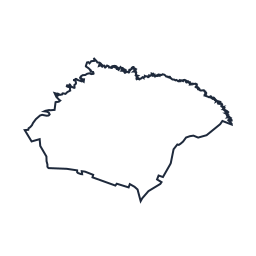 La Libertad, Chiapas, Mexico (Equal Earth projection), rotated 290°
{"feature_id": "50627088B29300823202402", "entity_name": "La Libertad", "entity_type": "district", "adm_level": 2, "iso_a3": "MEX", "parent_name": "Mexico", "parent_adm1": "Chiapas", "projection": "equal_earth", "projection_center": [-91.682, 17.601], "detail": "fine", "context": "isolated", "style": "outline", "palette": "slate", "viewbox_px": 256, "rotation_deg": 290, "n_neighbors": 0, "source": "geoboundaries", "source_scale": "gbopen_adm2", "svg_char_len": 5963}
<svg xmlns="http://www.w3.org/2000/svg" viewBox="0 0 256 256"><g transform="rotate(290 128 128)"><path d="M166.7,224.3L167.5,223.9L167.8,223.1L168.5,222.5L169.0,220.9L169.6,220.9L169.4,220.0L169.6,219.6L170.0,219.8L169.9,220.2L170.4,221.4L170.2,222.3L170.5,222.8L171.0,222.5L170.8,220.9L171.4,221.5L172.1,221.0L172.5,221.2L172.8,220.0L172.7,219.7L172.0,219.7L172.2,218.7L171.9,217.9L172.6,218.3L172.9,219.3L173.2,219.2L173.3,218.6L172.7,217.5L173.6,216.7L174.1,217.9L174.5,217.9L175.0,215.0L175.5,216.3L175.9,216.6L176.2,216.4L176.4,215.3L176.9,216.2L176.7,216.5L177.2,216.7L177.7,215.5L177.3,215.0L177.7,214.6L177.2,214.2L177.3,213.7L177.5,213.0L177.9,213.4L178.5,212.3L178.2,211.1L179.1,211.7L180.0,211.7L180.0,210.7L179.2,210.6L179.8,209.9L180.5,210.3L180.1,209.5L180.3,208.3L180.6,208.2L181.0,208.9L182.0,207.7L182.5,208.2L183.0,207.6L183.1,206.4L182.6,205.7L182.2,206.2L182.0,205.8L182.7,205.1L182.2,205.0L181.7,204.5L182.2,203.9L183.2,203.7L183.7,205.1L184.1,205.3L184.0,203.3L183.9,203.0L183.3,203.1L183.5,202.1L182.9,201.6L184.2,201.6L184.4,201.0L183.9,201.0L183.9,200.0L184.4,199.4L185.1,199.5L185.3,198.6L185.5,199.0L185.8,198.5L185.8,198.2L185.1,198.2L185.2,197.5L184.4,197.9L184.3,197.6L184.7,196.5L185.3,196.6L185.4,196.2L184.9,195.7L185.2,195.3L185.7,195.9L186.1,195.2L186.0,194.6L184.8,194.1L184.6,193.5L184.8,192.0L184.7,190.3L184.8,190.0L185.3,189.9L184.7,188.8L185.1,188.6L185.6,189.0L187.1,188.7L187.3,189.2L187.6,188.8L188.0,189.0L188.3,188.0L188.7,188.0L188.7,187.2L189.3,186.8L189.4,186.3L188.1,183.6L188.1,182.7L188.9,181.9L188.3,181.1L188.3,180.6L188.8,180.3L189.5,181.1L190.1,180.1L189.4,178.6L189.7,177.5L190.2,177.6L191.1,178.3L191.9,177.9L192.2,177.3L192.6,177.5L192.8,176.4L192.3,175.7L192.0,174.6L191.4,174.1L191.8,173.8L191.6,172.8L191.1,172.2L190.4,172.3L190.3,172.0L191.1,171.5L190.3,171.6L190.1,171.3L191.1,171.2L192.1,170.5L191.8,170.2L191.2,170.2L191.7,169.3L191.4,168.6L191.4,168.2L192.3,169.0L192.5,168.7L192.0,167.1L191.5,167.1L191.3,168.0L190.8,167.3L191.4,166.3L192.4,166.5L192.6,164.8L192.0,163.7L190.9,163.7L190.9,163.1L191.2,162.5L191.1,162.0L190.6,161.6L190.8,160.3L190.5,160.1L190.3,161.2L189.9,161.3L189.5,160.4L189.7,159.8L189.1,159.3L189.7,157.1L189.0,156.3L189.3,154.9L188.8,153.2L189.1,152.0L189.5,151.6L189.4,150.5L190.4,149.9L190.2,149.0L189.4,148.5L189.8,147.4L189.4,146.4L190.1,145.1L190.5,143.8L190.3,142.1L189.3,141.5L188.9,139.5L188.5,140.0L187.9,140.0L188.0,139.4L188.5,138.6L188.4,138.2L187.5,137.3L187.1,138.1L186.8,137.6L187.0,136.8L186.4,136.5L186.2,135.8L185.8,135.7L186.3,135.1L187.3,134.7L187.0,134.1L186.3,134.6L185.9,134.5L185.8,134.0L186.2,133.2L187.3,133.3L187.6,133.1L187.1,132.3L187.2,131.6L186.3,131.9L186.3,132.7L185.5,132.7L185.7,131.6L184.6,131.0L184.7,129.9L183.7,130.1L183.4,129.3L182.7,129.6L182.6,129.4L183.1,128.2L182.6,127.1L182.7,126.1L182.2,126.3L181.7,126.2L181.0,125.3L180.4,125.5L180.8,124.4L180.6,124.2L179.2,123.6L178.6,122.7L177.6,122.2L177.6,120.7L178.4,120.6L178.4,120.2L178.1,120.3L177.5,119.4L177.0,119.7L176.8,119.5L177.1,119.1L178.5,118.9L179.1,118.4L180.5,119.5L180.4,117.2L181.1,117.3L181.8,116.9L183.0,116.8L183.2,116.6L183.0,116.0L183.8,115.8L183.0,113.9L183.9,114.4L184.4,114.3L184.2,114.9L184.4,115.4L184.8,115.3L185.4,114.5L185.6,115.1L186.0,115.3L186.2,114.3L185.7,113.0L186.7,112.9L187.2,112.4L187.0,111.8L185.9,111.0L184.3,111.0L183.2,109.4L182.9,109.5L183.0,110.2L182.5,110.2L182.0,109.5L181.2,109.6L180.9,109.3L180.6,109.9L180.4,109.8L180.4,109.2L180.6,108.9L180.6,108.1L180.0,107.1L179.1,106.7L178.8,106.1L179.1,105.7L180.6,106.7L181.6,106.0L181.0,105.1L181.9,104.7L181.9,104.2L180.3,105.1L179.9,105.0L180.1,104.2L179.8,103.1L181.0,104.0L181.8,103.5L181.9,102.9L181.1,102.5L180.9,102.0L182.5,102.1L182.2,100.9L182.7,100.1L180.9,99.4L180.8,99.1L181.2,97.9L181.0,97.7L179.8,99.4L179.4,99.3L179.8,97.9L179.6,97.3L179.8,97.0L180.6,97.1L180.7,96.8L180.6,95.0L181.3,95.5L181.0,96.4L181.4,96.9L181.9,96.1L182.0,95.3L181.8,94.1L180.7,92.1L180.4,91.9L179.5,92.6L178.9,92.3L178.7,91.2L179.0,90.4L178.4,89.6L179.4,88.7L179.5,87.0L178.5,86.8L177.0,85.8L177.2,85.4L178.1,85.2L178.5,84.2L177.9,83.2L178.0,82.4L177.1,83.0L176.8,82.8L177.4,81.3L178.0,82.0L178.5,81.8L178.6,80.4L177.1,80.3L176.4,79.5L178.0,79.4L179.3,80.1L179.7,78.9L179.1,76.8L180.0,75.7L181.6,72.5L181.4,72.4L180.5,73.3L179.6,73.5L178.2,70.6L175.6,69.7L176.3,68.2L175.6,67.1L171.7,67.2L171.4,67.5L170.7,70.4L169.5,73.2L169.0,73.0L168.3,73.8L168.7,76.1L167.5,77.0L167.1,77.0L166.1,75.1L166.2,73.0L165.0,71.1L163.2,69.7L162.1,67.3L160.4,66.1L158.8,65.8L158.6,66.0L158.8,67.0L158.6,67.4L157.7,67.4L157.4,67.7L158.3,68.9L158.7,70.0L156.4,70.5L156.9,69.0L156.8,68.6L156.0,68.5L156.0,68.0L155.9,64.5L156.4,62.6L156.2,62.0L155.4,61.7L154.7,60.8L154.4,60.9L154.5,62.5L152.4,63.8L151.6,63.8L150.0,62.9L147.6,64.0L147.3,63.7L147.3,62.7L147.5,60.4L148.9,58.7L148.9,58.3L148.7,58.3L147.3,59.1L146.8,58.9L146.8,58.3L147.5,56.9L147.3,56.2L146.3,56.2L146.1,56.9L146.4,60.0L144.7,60.1L143.4,60.9L141.0,58.7L138.7,57.6L138.3,54.9L138.0,54.6L137.0,54.6L136.0,53.0L136.2,51.1L135.2,51.6L134.3,50.8L134.4,50.5L135.0,50.5L135.9,50.0L135.7,47.1L132.7,50.1L130.9,53.8L130.6,54.9L129.2,54.1L128.5,53.1L128.0,51.7L127.5,51.1L119.9,52.8L118.1,48.9L117.9,47.7L115.9,44.5L115.1,43.7L115.6,46.0L115.4,48.3L114.0,49.7L112.9,49.3L112.4,48.8L111.7,47.3L111.0,42.8L109.7,41.1L104.8,38.4L100.1,37.0L97.8,36.8L95.3,35.8L93.8,34.7L92.2,34.9L90.7,31.7L82.4,42.0L87.3,48.8L81.1,51.7L73.3,61.1L69.0,62.8L66.1,64.8L64.1,65.5L63.5,66.2L63.2,67.2L68.7,84.4L70.8,94.7L69.0,95.4L68.6,96.4L68.6,99.5L68.9,100.7L71.6,99.3L72.3,102.6L72.1,111.3L69.5,111.5L69.6,135.8L71.8,136.5L72.4,148.9L75.9,148.9L75.0,154.2L73.5,158.0L63.6,164.9L66.8,165.4L75.7,168.8L86.5,177.5L88.6,178.0L89.6,172.9L93.8,173.0L93.9,177.6L108.4,180.1L109.7,180.2L123.6,178.1L129.4,180.0L129.5,181.5L131.1,182.7L134.1,184.4L138.9,185.8L141.5,189.0L143.2,192.1L143.0,197.2L148.1,204.3L163.1,213.3L166.9,214.3L166.7,224.3Z" fill="none" stroke="#1e293b" stroke-width="2"/></g></svg>